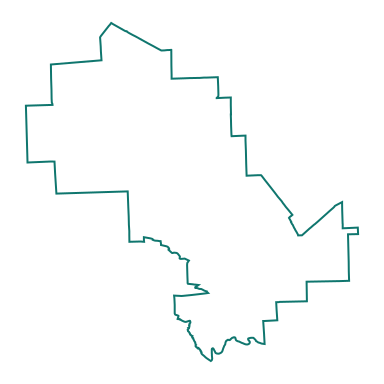 outline of Putineiu, Giurgiu, Romania
{"feature_id": "2599482B3296523517134", "entity_name": "Putineiu", "entity_type": "district", "adm_level": 2, "iso_a3": "ROU", "parent_name": "Romania", "parent_adm1": "Giurgiu", "projection": "orthographic", "projection_center": [25.776, 43.909], "detail": "fine", "context": "isolated", "style": "outline", "palette": "teal", "viewbox_px": 384, "rotation_deg": 0, "n_neighbors": 0, "source": "geoboundaries", "source_scale": "gbopen_adm2", "svg_char_len": 5795}
<svg xmlns="http://www.w3.org/2000/svg" viewBox="0 0 384 384"><path d="M279.8,301.9L306.9,301.3L306.6,281.7L339.6,281.1L349.1,280.8L348.8,271.5L348.7,262.1L348.0,234.3L358.1,234.1L357.8,227.6L342.7,228.3L342.7,227.2L342.7,223.8L342.6,223.6L342.2,210.3L342.1,203.7L342.1,202.1L335.8,205.4L334.8,206.0L334.3,206.8L333.3,207.8L329.5,211.1L324.5,215.6L317.7,221.7L315.6,223.5L315.2,223.9L314.3,224.5L312.4,226.1L311.2,227.2L309.7,228.4L302.0,235.3L298.1,235.4L298.0,234.8L297.8,234.3L296.3,231.6L295.4,230.2L294.9,229.1L294.1,227.8L292.9,225.2L292.8,224.9L292.0,224.0L291.5,222.9L291.1,222.4L290.9,221.9L290.9,221.7L291.1,221.6L289.0,217.9L289.3,217.5L290.0,216.8L291.5,215.7L292.4,214.9L288.1,209.6L285.8,206.9L283.9,204.3L283.2,203.5L281.6,201.1L277.9,196.8L274.6,192.4L268.8,185.0L265.0,180.2L262.2,176.5L261.3,175.4L261.1,175.3L261.0,175.2L257.9,175.2L246.6,175.7L246.2,163.8L245.9,150.9L245.5,140.4L245.5,135.6L242.7,135.7L231.6,136.2L231.5,135.6L231.4,133.7L231.1,125.8L231.0,120.4L230.8,114.7L230.8,114.4L231.0,114.4L230.8,105.4L230.8,97.5L224.7,97.7L216.7,98.1L216.7,97.9L217.5,97.2L218.2,96.4L218.3,96.1L218.4,95.0L218.4,93.9L218.2,86.4L217.8,77.2L209.3,77.5L206.5,77.6L204.0,77.6L200.0,77.9L189.2,78.1L184.1,78.3L171.6,78.7L171.6,74.8L171.4,65.6L171.3,49.9L171.1,49.8L170.3,50.0L169.8,50.0L166.9,50.1L164.4,50.4L161.3,50.5L157.0,48.2L153.4,46.2L148.3,43.5L141.8,39.9L135.7,36.5L132.7,35.0L129.0,33.0L127.1,31.8L126.7,31.2L125.7,31.2L124.8,30.8L112.6,23.9L111.2,23.0L109.7,25.0L108.9,25.8L100.9,36.0L100.2,37.1L100.1,37.4L100.1,37.8L100.7,46.3L100.9,51.3L101.5,60.3L50.9,64.5L51.1,78.3L51.5,90.5L51.6,98.6L51.8,102.2L51.8,102.5L52.4,103.9L52.5,104.9L25.9,105.7L27.3,154.6L27.5,162.5L51.1,161.5L54.5,161.6L55.1,173.4L56.4,193.6L127.7,191.4L128.3,207.4L128.7,216.5L128.9,224.8L129.3,231.1L129.3,233.9L129.3,235.3L129.4,241.8L140.6,241.5L142.6,241.7L144.1,241.8L143.9,239.8L143.9,237.2L150.1,238.3L151.3,238.6L152.0,238.8L152.7,239.2L152.8,239.4L153.3,239.9L153.2,240.0L153.7,240.2L154.5,240.5L155.7,240.7L157.7,240.8L159.5,241.1L160.6,241.1L161.0,243.9L161.0,245.0L166.5,246.3L167.7,246.8L167.8,246.9L168.1,247.3L168.5,247.6L168.9,248.2L168.8,248.3L168.7,248.6L169.1,249.1L168.6,249.6L168.5,249.8L171.9,252.9L172.3,253.0L172.8,253.0L173.8,252.7L174.6,252.7L176.4,252.9L177.0,253.2L177.3,253.3L178.0,254.0L178.4,254.5L179.8,256.3L179.9,256.6L179.6,258.3L179.8,258.6L180.6,258.9L181.3,258.9L184.7,258.6L188.9,260.6L187.3,262.9L187.1,264.9L187.2,268.8L187.4,276.0L187.6,281.4L187.6,283.0L187.8,283.6L188.0,283.8L192.8,284.3L194.6,284.6L195.4,284.6L197.0,284.8L198.5,285.0L197.1,286.0L195.4,287.0L195.2,287.4L195.3,287.9L195.5,288.0L196.4,288.0L197.3,288.1L199.3,288.9L201.2,289.0L202.7,289.7L203.5,290.2L204.3,290.6L205.6,291.1L206.8,291.4L206.8,291.7L207.0,291.9L208.0,292.9L208.1,293.0L204.6,293.5L191.7,295.0L182.8,295.9L181.3,296.0L180.0,295.9L174.1,295.6L174.4,298.4L174.7,304.9L174.7,311.6L174.7,313.4L174.9,314.0L175.1,314.4L175.4,314.7L176.3,315.0L177.6,315.4L178.4,315.8L178.5,316.0L178.4,316.4L177.6,319.0L177.9,319.1L178.7,319.1L179.7,319.3L179.8,319.4L179.9,319.2L182.1,320.7L184.2,321.6L185.3,321.9L185.9,321.9L186.6,321.7L189.5,320.8L189.8,320.8L190.0,320.9L190.3,321.7L190.4,322.3L190.3,322.8L190.2,323.0L189.7,323.4L189.6,324.0L189.4,324.2L189.5,324.4L189.6,324.8L189.1,325.3L189.2,325.5L189.4,325.7L189.4,325.8L189.2,326.1L189.4,326.7L189.3,326.9L189.2,327.3L189.0,327.6L189.0,327.9L188.4,328.0L188.6,328.3L188.7,328.5L188.2,329.1L187.9,329.3L187.7,329.5L187.8,329.9L187.8,330.3L188.0,330.6L188.1,330.8L188.1,331.3L188.9,331.8L189.3,332.5L189.5,333.0L189.8,333.2L189.8,333.6L190.1,333.9L190.1,334.4L190.3,334.7L190.8,334.9L191.0,335.3L191.4,335.4L192.0,335.9L192.3,336.0L192.0,336.5L192.2,336.8L192.2,337.4L192.8,337.6L192.8,338.1L193.3,338.4L193.3,339.1L193.5,339.3L193.8,340.0L194.0,340.3L194.5,341.5L195.1,342.1L195.1,342.4L195.3,342.8L195.3,343.5L195.6,344.0L195.6,344.5L196.0,344.9L195.9,345.0L195.7,345.3L195.5,346.0L196.0,346.7L196.2,346.9L196.3,347.1L196.6,347.2L196.8,347.4L197.1,347.5L197.3,347.9L197.5,348.0L197.6,348.3L197.9,348.5L198.2,348.5L198.3,348.4L198.4,347.9L198.5,347.9L198.6,348.0L199.0,348.6L199.0,348.8L199.5,349.0L199.7,349.5L200.2,349.8L200.3,350.3L200.5,350.5L200.4,350.8L200.5,351.0L200.9,351.1L201.0,351.8L201.1,352.0L201.2,352.3L201.6,352.4L201.6,352.6L201.3,353.0L201.5,353.4L201.7,353.8L201.9,354.0L202.1,354.3L203.2,355.2L204.3,356.1L205.3,357.1L206.5,358.1L210.8,361.0L211.7,360.3L211.8,360.1L212.0,359.6L212.1,359.1L212.2,358.6L212.0,356.5L211.9,355.4L211.9,354.1L211.8,353.1L211.8,352.2L211.8,351.2L211.8,349.6L211.8,349.2L212.0,348.7L212.7,348.3L213.1,348.4L213.3,348.6L213.5,348.8L214.2,350.2L214.6,350.9L215.5,352.8L215.7,353.0L216.3,353.3L217.1,353.6L217.6,353.6L218.5,353.7L219.1,353.6L219.5,353.5L221.2,352.6L221.7,352.1L222.1,351.6L222.4,351.0L223.3,348.2L223.9,346.8L224.1,346.1L224.9,344.9L225.2,344.4L225.3,343.8L225.5,342.5L225.8,341.7L226.3,340.8L227.2,340.3L227.4,340.0L227.8,339.8L228.3,339.8L229.0,340.1L229.3,340.1L230.2,339.8L230.4,339.6L230.6,339.1L231.1,338.8L232.0,338.0L232.5,337.7L233.1,337.6L234.0,337.4L234.6,337.5L234.6,337.4L235.2,337.6L235.3,337.9L235.5,338.2L235.7,339.4L236.0,340.1L236.5,340.6L236.9,340.8L238.2,341.4L239.0,341.5L241.6,342.8L243.8,343.6L244.2,343.9L245.9,344.4L247.1,344.5L247.6,344.4L248.6,344.1L249.3,343.5L249.6,343.1L249.7,342.8L249.8,342.4L249.8,341.9L249.5,341.3L248.4,340.0L248.2,339.5L248.1,339.2L248.2,338.6L248.5,338.4L249.2,338.2L250.3,337.9L251.4,337.8L252.6,337.8L253.1,337.8L253.5,337.9L255.5,339.9L255.7,340.2L256.0,340.9L256.2,341.2L257.1,341.6L258.3,342.5L259.6,342.8L261.1,343.4L261.7,343.6L264.6,344.0L264.1,334.8L264.1,334.5L263.2,321.0L264.4,321.0L277.3,320.3L276.6,310.0L276.2,302.2L279.0,302.1L279.6,301.9L279.8,301.9Z" fill="none" stroke="#0f766e" stroke-width="2"/></svg>